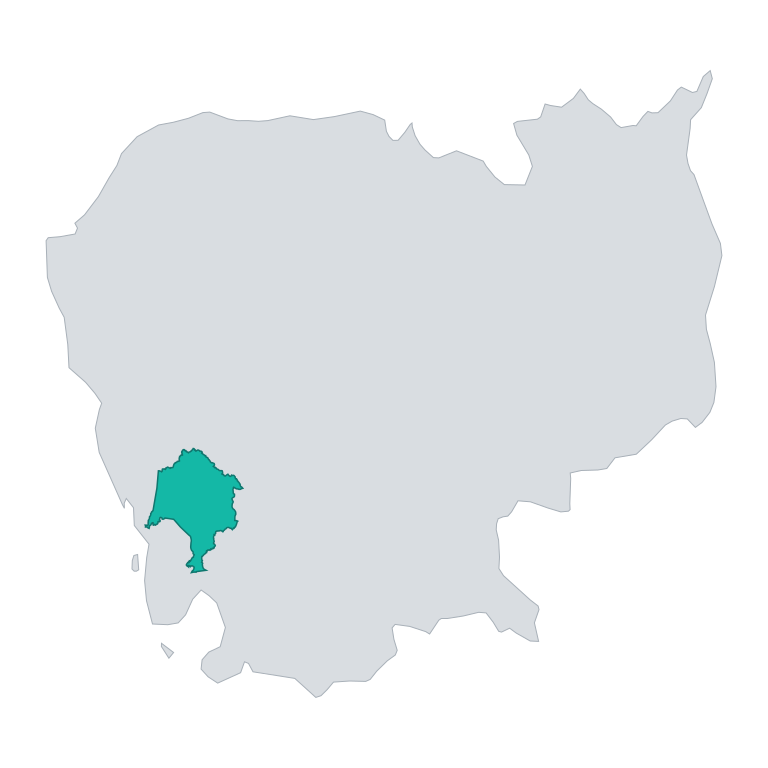 Thma Bang, Kaôh Kong, Cambodia (highlighted)
{"feature_id": "14789045B69195148792463", "entity_name": "Thma Bang", "entity_type": "district", "adm_level": 2, "iso_a3": "KHM", "parent_name": "Cambodia", "parent_adm1": "Kaôh Kong", "projection": "robinson", "projection_center": [103.537, 11.691], "detail": "fine", "context": "in_parent", "style": "filled", "palette": "teal", "viewbox_px": 768, "rotation_deg": 0, "n_neighbors": 0, "source": "geoboundaries", "source_scale": "gbopen_adm2", "svg_char_len": 8732}
<svg xmlns="http://www.w3.org/2000/svg" viewBox="0 0 768 768"><path d="M710.2,70.6L712.3,78.7L706.9,93.9L701.3,107.7L690.6,119.7L690.1,128.6L686.5,155.1L688.0,163.5L690.5,170.7L694.0,174.6L703.4,200.5L712.0,224.0L720.4,243.4L721.9,255.6L714.4,286.6L705.5,315.1L706.4,329.3L710.2,343.5L714.4,362.4L716.0,386.7L713.9,402.4L709.9,412.3L702.2,422.3L695.4,427.4L687.3,418.9L680.8,418.5L672.2,421.1L665.4,425.0L651.6,439.8L636.3,454.2L615.0,457.8L606.8,468.5L597.9,470.0L581.1,470.5L570.2,473.0L570.7,478.4L569.8,503.7L570.1,509.6L568.4,511.2L560.8,511.9L547.9,508.0L530.4,501.8L518.0,500.8L511.6,511.8L507.8,516.1L503.1,516.8L498.2,518.7L496.6,523.7L496.2,529.8L498.6,540.3L499.5,557.1L498.9,568.5L503.5,575.7L530.2,599.9L538.1,606.0L539.0,609.6L534.4,622.8L538.6,641.4L530.2,641.0L516.3,633.1L509.6,628.2L501.5,632.1L498.7,631.3L493.2,622.2L486.1,612.9L478.7,612.3L463.2,616.0L447.3,618.5L441.3,618.5L438.8,620.2L429.6,634.0L425.7,631.6L409.7,626.4L395.1,624.4L392.1,627.9L393.9,639.3L397.2,650.3L395.3,655.0L387.3,660.8L376.7,671.2L370.2,679.4L365.7,681.4L349.6,681.0L333.5,682.1L327.0,689.8L321.0,695.7L315.8,697.4L294.8,678.4L253.0,671.8L248.5,663.4L244.5,661.8L240.6,672.7L217.7,683.1L208.1,676.8L201.1,669.1L202.1,659.8L208.8,652.1L220.2,646.7L225.4,627.5L216.7,602.9L209.1,595.7L201.1,590.0L192.7,599.2L185.6,614.8L178.2,622.9L167.8,624.7L152.5,624.0L146.5,600.7L144.6,580.6L146.7,557.7L149.0,544.2L134.3,525.5L133.5,507.7L126.3,498.5L124.2,503.2L124.4,508.3L122.4,504.6L99.2,452.4L95.3,428.2L99.4,409.5L101.7,403.2L95.0,393.4L85.6,382.3L69.0,367.7L67.8,344.6L64.2,317.3L59.2,308.1L51.6,291.3L47.4,277.4L46.1,240.7L48.2,237.7L60.0,236.7L75.1,234.0L77.5,228.1L74.9,223.2L84.5,214.9L98.4,196.6L109.2,177.6L116.9,165.5L121.5,153.6L137.1,136.7L158.6,125.0L173.2,122.3L188.4,118.3L202.9,112.6L209.8,112.1L227.9,118.9L237.6,120.7L247.9,120.6L258.5,121.3L267.8,120.6L289.9,115.8L313.4,119.6L334.4,116.6L360.3,111.1L373.1,114.6L384.7,120.1L386.4,131.3L389.0,136.4L392.9,140.4L398.1,140.3L404.7,132.5L410.2,124.5L412.0,123.0L412.3,127.0L415.1,135.7L420.0,144.3L425.0,150.0L433.4,157.6L438.8,157.9L456.5,150.8L483.2,161.1L486.3,166.4L494.9,177.0L504.3,184.6L525.0,185.0L532.4,166.4L528.8,155.0L516.9,135.2L513.6,123.5L517.4,121.4L537.4,119.2L540.7,116.9L545.1,104.0L550.5,105.5L561.6,107.2L573.4,98.4L580.3,89.1L584.1,93.4L588.3,99.8L592.8,103.6L601.3,109.1L610.6,117.0L616.4,124.6L621.1,127.6L633.0,125.5L636.2,125.8L643.0,116.5L647.9,111.4L652.0,112.9L658.0,112.7L670.4,100.9L677.5,90.0L681.3,87.1L692.5,92.5L696.9,91.4L703.3,76.5L710.2,70.6ZM138.7,569.8L136.4,571.2L134.2,571.2L132.0,569.0L132.3,560.6L133.9,555.5L137.6,554.5L138.7,569.8ZM173.6,652.5L168.9,658.2L161.4,646.5L161.5,643.3L173.6,652.5Z" fill="#d9dde1" stroke="#a8b0b8" stroke-width="1"/><path d="M242.8,488.3L241.6,486.9L240.8,486.7L240.3,485.7L240.3,484.9L240.0,484.6L240.0,484.0L239.3,483.0L238.4,481.8L238.1,481.7L237.8,481.0L237.3,480.8L237.2,479.9L236.5,478.8L236.0,479.0L235.6,478.5L235.1,477.7L235.2,477.1L235.0,476.6L234.8,476.5L234.0,475.5L233.3,475.3L232.3,475.5L231.6,475.1L230.8,476.3L230.5,476.4L229.9,476.3L228.8,475.4L227.9,474.2L226.6,475.0L225.4,476.0L225.0,476.0L224.0,475.6L223.6,474.6L222.5,474.4L222.0,474.2L221.9,473.9L222.6,473.3L222.6,472.1L222.2,470.8L221.7,470.6L221.1,470.7L219.3,470.5L218.3,469.5L217.7,469.2L216.9,469.1L216.6,468.6L216.2,468.5L216.1,467.9L215.6,467.7L215.4,467.4L214.8,467.7L214.5,467.6L214.1,466.7L213.4,466.4L214.4,465.2L214.5,464.5L214.1,463.5L212.2,462.7L211.7,462.8L211.2,462.6L210.4,461.9L210.4,461.6L210.0,461.1L209.8,460.6L209.3,460.2L209.1,459.7L208.6,459.5L207.7,457.7L206.6,457.2L206.2,457.2L205.7,455.7L205.1,455.9L204.8,455.6L204.6,455.1L203.3,454.5L203.0,454.0L201.6,453.1L201.8,452.6L202.2,452.3L201.9,451.7L201.5,451.4L200.8,451.1L199.9,451.3L199.5,450.7L198.7,450.2L197.9,450.0L196.5,450.7L196.2,450.7L195.9,451.1L195.5,450.8L195.2,449.9L194.9,449.6L194.6,449.8L194.6,449.3L193.9,448.6L193.2,448.5L192.9,449.2L192.5,449.4L192.4,449.8L191.9,450.2L191.6,450.8L191.1,450.9L191.1,451.2L190.4,451.7L188.9,452.2L188.7,452.6L188.4,452.8L187.6,452.1L187.1,452.1L186.8,451.9L186.7,451.5L186.0,451.4L185.9,450.6L184.8,450.3L184.6,450.4L184.4,449.8L184.2,449.6L183.6,449.6L183.1,449.7L182.8,450.4L181.9,451.3L181.8,451.7L182.1,452.0L181.7,452.5L181.9,453.2L182.2,453.6L181.9,454.4L182.4,454.7L182.5,455.0L182.0,455.3L181.7,455.1L181.2,455.1L180.6,455.4L180.4,456.0L179.9,456.5L179.6,456.5L179.6,457.3L179.2,457.9L179.2,458.8L179.2,459.7L179.5,460.9L178.9,461.3L178.3,461.2L177.7,461.5L177.3,461.4L177.0,461.9L176.2,462.5L175.7,462.8L175.5,462.6L175.2,462.7L174.9,463.3L173.9,464.2L173.8,464.9L173.5,465.4L173.4,466.4L172.8,467.6L170.8,467.6L170.7,468.2L170.1,468.4L169.6,468.0L167.7,467.1L167.3,467.2L166.6,467.8L166.0,467.9L165.8,468.1L165.9,468.7L165.4,469.4L165.1,469.2L164.5,469.2L164.3,468.9L163.8,469.1L163.0,468.9L162.4,469.1L162.2,470.0L162.3,470.9L161.9,471.5L161.6,471.8L161.0,471.3L159.7,471.0L159.3,470.8L158.4,470.8L156.9,488.2L153.0,510.7L152.6,510.9L152.3,511.5L151.9,511.6L151.8,511.8L151.5,512.1L151.4,512.7L150.7,513.6L150.8,514.3L150.6,515.2L150.0,516.4L149.5,516.8L149.4,518.5L148.8,519.8L148.3,520.3L148.4,520.9L148.2,521.4L148.4,522.1L148.1,522.6L148.2,523.3L148.1,523.7L148.2,523.9L148.2,524.5L147.8,525.0L147.3,525.4L147.0,525.2L145.2,525.1L145.5,526.0L145.5,527.0L146.2,526.8L146.6,526.9L148.0,527.9L149.1,528.4L149.5,526.8L149.4,526.1L149.5,525.8L150.8,525.0L151.6,523.4L152.1,522.9L152.7,522.7L153.0,522.7L153.1,523.1L153.0,524.7L153.2,525.1L153.5,525.2L154.4,524.5L155.1,525.1L155.7,525.1L156.0,524.5L156.4,524.2L157.3,524.1L157.6,523.8L157.9,523.0L157.9,521.9L158.2,521.5L158.5,521.4L159.1,521.8L159.7,521.7L160.0,521.5L160.2,520.8L159.5,519.7L159.4,519.4L159.7,518.9L159.9,517.8L160.1,517.6L160.4,517.4L160.9,517.4L161.9,517.9L162.1,518.4L162.1,519.0L163.0,519.3L164.9,518.4L165.0,518.0L173.7,519.3L180.5,527.1L188.9,535.1L189.9,535.8L190.6,536.8L191.3,539.9L191.3,541.1L191.0,542.9L190.9,544.3L190.7,546.8L190.8,548.0L191.3,549.7L191.8,550.6L192.9,551.6L193.1,552.3L193.1,553.7L194.2,554.7L193.8,555.7L193.3,556.5L193.4,557.2L192.0,558.0L191.8,558.7L191.1,559.6L190.8,560.5L190.3,560.8L190.2,561.2L189.8,561.1L190.0,561.0L189.9,560.7L189.4,560.7L189.4,560.8L189.6,561.0L189.3,561.3L189.5,561.4L189.6,561.6L189.2,562.2L188.9,561.9L187.8,562.5L187.9,562.8L187.6,562.8L186.6,564.2L186.4,564.6L186.4,565.2L186.9,565.7L187.2,566.2L187.7,566.4L187.9,566.3L188.1,566.5L188.0,566.0L188.0,565.6L188.5,565.5L188.5,566.1L188.9,566.6L189.2,566.1L189.7,566.0L189.9,565.8L190.2,566.1L190.4,566.7L190.8,566.4L191.1,566.0L192.0,565.8L192.5,565.9L192.9,566.1L193.3,566.6L194.2,567.2L193.9,568.8L193.3,570.1L193.0,570.4L192.3,570.9L191.4,572.6L193.8,572.1L195.8,572.1L196.1,572.2L196.5,571.6L206.1,570.3L204.2,569.3L203.3,568.3L202.8,567.2L202.3,564.4L202.7,563.3L202.3,562.7L201.6,562.3L202.4,560.6L202.4,560.4L201.8,560.0L201.7,557.6L201.9,557.0L201.8,556.5L202.5,556.3L203.2,555.3L203.4,555.3L204.2,554.3L205.5,553.5L206.2,552.4L206.6,552.5L206.8,551.7L206.4,551.1L206.6,550.7L207.4,550.8L207.6,550.6L207.5,550.4L208.0,549.9L208.6,550.1L209.2,549.8L209.9,550.3L210.4,549.9L210.6,549.2L210.9,549.5L211.2,549.5L211.3,549.1L211.8,549.0L212.1,548.4L212.4,548.4L212.6,548.7L213.0,548.4L213.2,548.0L213.4,547.9L213.7,548.3L214.2,547.8L214.3,546.6L215.0,546.2L215.3,545.7L215.0,544.9L214.6,544.3L214.1,543.9L213.6,543.7L213.6,542.6L213.9,542.2L214.1,541.7L214.1,541.4L214.2,541.2L213.7,539.8L213.8,538.6L213.5,538.2L213.6,536.4L214.1,535.4L214.3,535.2L214.2,534.9L214.7,535.1L214.7,534.6L215.2,533.9L215.6,533.5L215.6,532.3L215.8,532.0L215.8,531.6L216.7,531.1L217.4,531.1L217.7,530.9L218.6,531.0L219.2,530.7L219.7,530.9L220.2,530.6L220.6,530.5L221.2,530.6L222.9,531.8L223.2,531.5L223.1,531.0L224.5,530.0L225.1,529.1L225.5,529.0L226.2,528.6L226.4,528.1L226.8,527.7L227.9,527.4L228.9,527.5L230.3,528.3L231.2,528.3L231.7,529.0L232.0,529.2L232.3,529.6L232.6,529.1L233.2,528.8L233.3,528.6L233.7,528.6L233.9,528.3L233.8,528.1L234.2,528.1L234.3,527.6L234.6,527.5L234.7,527.2L235.0,527.2L235.5,526.7L236.1,525.2L236.3,524.9L236.4,524.5L236.6,523.9L237.1,522.0L237.4,521.5L237.8,521.2L237.7,521.0L237.2,521.1L236.3,520.6L235.2,520.6L234.8,520.5L234.9,519.1L234.8,518.1L235.0,516.0L235.5,515.0L235.8,514.2L235.6,513.9L235.8,513.5L235.7,512.4L235.5,511.6L235.1,511.0L234.2,509.7L233.1,508.9L232.5,508.0L232.2,507.4L232.0,506.3L232.3,503.6L232.9,502.8L233.2,501.8L232.9,501.1L232.5,500.5L232.3,499.8L232.0,499.2L232.0,498.4L232.6,497.8L234.3,496.7L234.5,495.9L234.5,494.2L233.6,493.7L233.3,493.2L233.1,490.4L232.9,489.9L233.1,488.9L233.5,488.3L233.4,487.5L233.8,487.2L234.5,487.8L235.5,488.2L236.2,488.8L238.2,489.0L239.0,489.4L240.5,489.3L241.6,488.6L242.8,488.3Z" fill="#14b8a6" stroke="#0f766e" stroke-width="1.5"/></svg>